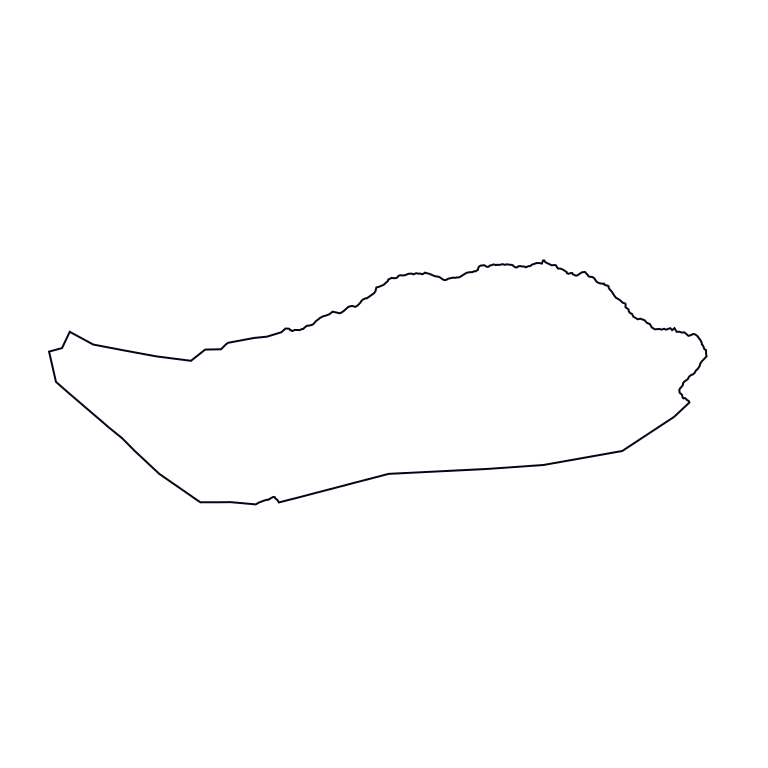 the district of Asunción Cuyotepeji, Oaxaca, Mexico, rotated 349°
{"feature_id": "50627088B94773728352550", "entity_name": "Asunción Cuyotepeji", "entity_type": "district", "adm_level": 2, "iso_a3": "MEX", "parent_name": "Mexico", "parent_adm1": "Oaxaca", "projection": "mercator", "projection_center": [-97.63, 17.931], "detail": "fine", "context": "isolated", "style": "outline", "palette": "ink", "viewbox_px": 768, "rotation_deg": 349, "n_neighbors": 0, "source": "geoboundaries", "source_scale": "gbopen_adm2", "svg_char_len": 4153}
<svg xmlns="http://www.w3.org/2000/svg" viewBox="0 0 768 768"><g transform="rotate(349 384 384)"><path d="M296.9,311.4L293.1,313.6L278.1,315.2L265.3,314.0L238.8,313.8L236.3,315.0L233.5,316.9L230.6,318.8L215.0,316.1L198.9,324.4L165.4,313.3L148.6,306.7L136.4,301.9L106.1,289.8L85.5,272.8L74.8,287.3L63.9,288.1L61.4,288.3L62.4,319.3L66.7,324.9L72.7,332.6L86.4,349.9L92.5,357.6L100.0,367.0L101.6,369.0L105.2,373.7L116.7,387.4L126.5,402.1L146.3,429.4L178.2,462.1L181.2,465.1L195.3,467.8L204.8,469.6L210.5,470.6L235.1,477.7L239.0,476.4L243.1,475.7L245.7,475.4L247.0,475.3L248.0,475.6L253.4,473.8L254.2,473.8L254.7,474.0L255.2,474.3L255.5,475.5L257.2,477.5L258.2,480.2L269.9,479.5L274.2,479.3L280.8,478.9L295.8,477.9L338.0,475.2L371.4,473.1L470.1,487.2L524.9,493.9L605.1,495.2L662.5,471.6L680.3,460.4L679.8,458.7L678.3,457.5L677.5,456.0L676.6,455.2L675.3,455.3L674.8,454.8L674.5,454.0L674.6,452.9L674.5,452.0L674.3,451.1L673.2,449.9L672.5,448.8L672.7,447.8L672.6,446.6L673.6,444.9L675.4,443.7L677.3,441.9L677.7,440.3L679.3,438.9L683.0,437.3L685.0,434.9L687.6,433.6L688.7,433.7L690.9,432.5L691.9,431.3L692.8,430.3L695.2,428.8L697.5,426.3L698.4,424.2L699.5,423.3L700.3,422.3L702.3,421.0L705.9,418.4L706.0,415.2L706.6,412.3L705.2,411.0L704.8,409.0L704.7,408.1L704.5,407.2L703.6,405.8L703.8,404.3L703.2,401.9L700.8,396.7L698.9,394.7L697.2,393.9L694.1,394.7L692.0,394.8L688.7,390.6L687.1,390.5L685.9,390.2L684.0,389.1L681.2,388.6L679.8,384.6L677.1,386.1L675.8,383.9L674.1,384.0L671.2,384.5L669.4,383.2L666.9,383.6L664.8,382.5L660.3,382.0L657.7,379.6L656.4,375.9L653.8,374.2L651.8,371.0L648.0,368.8L645.5,368.9L643.1,366.8L641.6,365.5L640.9,362.7L639.0,361.1L638.2,359.4L638.2,357.4L635.7,354.7L636.4,351.8L636.1,351.0L633.8,349.7L633.0,348.7L632.3,347.5L630.0,345.1L628.2,343.7L627.0,341.3L626.1,339.1L625.2,336.7L623.6,334.2L622.9,332.4L623.1,330.9L622.3,330.1L620.0,329.2L619.2,327.6L618.6,327.9L617.8,327.2L615.9,326.7L614.2,325.9L612.6,324.6L611.7,323.3L611.2,321.8L610.3,319.9L608.7,318.6L606.4,318.0L605.2,317.1L605.0,316.1L604.0,314.7L602.7,312.4L599.7,312.1L596.7,313.3L594.6,314.3L592.9,314.2L590.3,312.3L589.9,310.9L588.7,310.8L586.1,311.0L584.7,310.1L584.7,309.0L583.5,307.9L582.4,306.7L581.2,305.7L579.4,304.5L576.8,303.8L575.8,301.6L575.4,300.3L573.9,299.7L571.3,299.5L565.6,295.2L564.8,293.2L563.7,293.1L562.0,295.9L559.4,294.9L556.6,294.4L554.8,294.7L552.1,295.1L549.9,296.1L548.2,295.9L545.6,296.5L544.5,295.6L542.7,295.2L540.6,294.4L539.4,294.1L538.2,294.1L537.4,294.8L535.8,294.8L535.1,294.5L534.4,293.7L533.4,292.7L533.0,291.9L531.6,291.3L529.9,290.8L527.2,289.9L525.5,290.1L523.2,289.0L521.1,289.1L518.8,289.0L517.9,288.5L516.4,288.6L515.4,288.0L514.1,287.5L512.2,287.9L510.7,287.9L509.0,288.8L507.6,288.7L506.7,288.1L506.0,287.4L505.1,286.5L504.3,286.5L503.5,286.5L502.0,286.2L500.3,286.5L499.0,287.7L498.1,289.1L498.1,289.8L496.6,290.3L495.5,290.9L494.1,290.5L491.9,291.1L489.7,290.6L486.3,290.6L480.8,292.7L479.2,293.3L477.7,293.7L476.0,293.3L473.5,293.3L472.5,292.8L469.5,292.8L466.6,293.0L465.0,293.7L463.1,293.5L461.7,292.6L460.1,290.9L458.9,289.7L457.3,288.8L454.7,288.0L452.8,286.7L449.6,284.5L447.3,283.5L445.4,282.5L443.8,283.3L442.2,283.5L441.1,282.7L438.3,282.1L437.2,281.5L435.8,281.5L434.7,281.8L433.9,282.0L432.4,281.0L429.7,280.5L427.8,280.7L425.6,281.2L423.6,281.1L421.8,280.7L420.5,280.3L419.8,280.4L418.8,280.7L417.2,282.0L416.1,282.3L414.2,282.1L411.7,281.3L408.1,282.3L407.5,283.6L402.5,286.6L397.8,287.6L394.9,287.8L393.2,291.5L391.3,293.1L384.6,296.1L383.4,296.6L382.5,296.4L379.8,296.9L377.6,298.2L376.6,299.4L373.1,301.9L370.6,302.8L368.0,301.5L366.6,301.2L363.7,301.5L358.5,304.6L355.0,306.1L353.4,305.9L350.9,304.7L347.4,303.2L345.3,304.3L343.4,305.2L341.6,305.4L340.6,305.7L337.1,305.9L335.3,306.5L333.9,306.9L333.3,307.1L332.5,307.7L329.8,309.0L328.6,309.7L327.0,311.1L325.4,312.0L323.9,312.3L322.7,312.3L320.9,312.4L319.9,312.2L319.4,312.1L318.0,312.8L316.4,313.7L315.2,314.6L314.0,314.4L312.5,314.8L311.3,314.9L310.7,314.8L306.7,313.9L304.3,314.5L303.9,314.4L303.2,313.5L302.3,313.4L301.9,312.4L301.4,311.7L300.6,311.4L299.3,311.1L297.7,310.8L296.9,311.4Z" fill="none" stroke="#020617" stroke-width="2"/></g></svg>